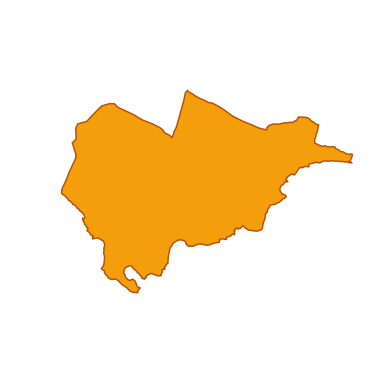 outline of Whitesands, Tafea, Vanuatu, rotated 115°
{"feature_id": "77236927B67758893467366", "entity_name": "Whitesands", "entity_type": "district", "adm_level": 2, "iso_a3": "VUT", "parent_name": "Vanuatu", "parent_adm1": "Tafea", "projection": "equal_earth", "projection_center": [169.437, -19.517], "detail": "fine", "context": "isolated", "style": "filled", "palette": "amber", "viewbox_px": 384, "rotation_deg": 115, "n_neighbors": 0, "source": "geoboundaries", "source_scale": "gbopen_adm2", "svg_char_len": 6006}
<svg xmlns="http://www.w3.org/2000/svg" viewBox="0 0 384 384"><g transform="rotate(115 192 192)"><path d="M99.7,150.6L102.5,151.3L104.2,150.7L105.3,155.8L105.9,160.0L105.9,166.8L106.4,175.6L106.1,187.6L104.8,193.5L103.3,202.5L102.8,211.0L104.0,214.7L103.7,217.1L103.8,219.7L103.8,223.2L103.7,228.7L102.9,233.1L102.6,237.3L102.0,239.1L104.8,239.9L113.6,237.9L137.2,234.0L140.6,233.5L145.7,233.8L147.1,233.2L151.1,233.2L150.1,236.3L149.9,241.7L148.0,245.0L147.2,248.7L147.0,257.8L147.7,267.1L147.1,273.4L146.6,277.0L146.6,292.8L146.3,296.0L144.8,299.7L146.9,304.3L152.3,310.3L167.2,315.6L172.3,317.1L178.6,324.3L183.4,324.3L193.0,319.4L198.1,321.2L206.8,313.2L210.4,311.7L225.8,311.7L234.5,311.1L244.5,311.1L248.1,309.8L248.9,308.1L248.8,307.3L249.3,305.0L250.0,303.8L250.4,302.1L251.6,300.5L252.0,297.7L252.7,295.7L253.4,295.2L253.5,294.3L253.4,293.0L253.4,292.3L254.8,289.8L255.3,289.2L255.3,288.5L255.1,288.4L255.2,288.0L255.6,287.2L256.0,285.9L256.4,285.9L256.6,285.5L256.6,284.7L257.1,283.3L257.1,282.6L258.8,279.6L260.8,278.4L262.2,278.7L262.1,280.0L262.4,279.9L263.5,278.9L264.1,278.6L264.5,277.8L265.4,277.1L265.6,275.9L266.6,275.6L266.8,275.0L267.2,274.5L267.4,273.8L268.6,272.2L269.1,271.0L269.5,270.7L269.6,270.9L270.3,271.0L271.4,270.8L272.0,268.0L272.3,267.7L272.6,267.5L273.0,266.3L273.6,265.5L273.6,262.9L274.0,262.5L274.6,263.2L275.2,263.2L276.4,262.4L276.4,262.0L276.2,261.6L275.8,261.4L275.0,260.5L273.8,258.8L273.4,257.6L273.6,254.2L273.8,253.5L273.8,252.2L274.4,251.1L276.3,249.0L278.7,248.3L280.3,248.1L282.2,247.0L283.6,246.7L284.9,246.1L286.1,245.0L288.4,243.5L291.3,242.5L292.3,242.0L295.9,241.1L298.3,241.4L299.5,241.7L299.9,241.5L300.1,241.3L300.2,240.7L300.5,238.2L302.6,236.8L302.9,236.3L303.0,235.4L303.6,234.9L303.9,233.4L305.0,232.0L305.3,231.2L305.3,230.0L305.5,229.1L305.3,228.3L304.8,226.8L304.3,226.3L303.6,225.3L303.3,224.3L303.3,222.0L303.9,220.5L304.4,218.9L305.4,216.8L305.9,214.0L306.1,213.4L306.1,212.1L306.2,211.1L308.0,206.4L308.0,205.2L307.8,203.0L306.2,198.7L305.6,198.6L305.1,199.3L304.7,199.4L303.1,199.1L301.6,198.4L301.0,198.5L300.7,198.8L301.1,200.5L300.9,201.2L300.3,202.3L297.3,205.2L296.7,206.1L296.5,206.8L296.2,208.2L296.3,209.3L297.0,209.9L298.0,210.4L298.4,210.9L298.5,212.5L297.7,215.7L297.1,216.3L295.2,218.0L293.5,220.4L292.7,220.1L290.9,220.5L289.3,220.5L288.7,220.0L287.6,219.8L286.4,218.4L285.7,217.9L285.3,217.3L284.8,215.9L284.8,215.1L285.2,214.3L285.9,213.5L286.3,212.6L286.7,210.5L287.3,208.8L288.2,207.2L288.5,205.4L289.6,203.5L289.9,202.2L290.4,201.6L291.0,201.3L291.4,200.6L291.3,200.0L290.8,199.1L291.1,198.8L291.2,198.4L289.2,197.5L288.6,197.4L288.4,197.7L287.6,197.9L286.7,197.7L285.4,196.5L284.0,195.6L282.9,194.1L282.7,193.3L282.7,192.6L282.9,191.8L282.9,191.2L282.5,189.4L282.4,187.5L282.0,186.6L281.1,185.6L281.0,184.7L280.9,184.6L280.7,184.6L280.1,185.2L278.2,185.2L276.8,184.9L276.0,185.9L275.5,186.2L274.9,186.2L274.4,185.7L274.0,184.5L273.7,184.3L273.5,184.0L273.0,184.1L272.7,184.5L272.6,185.1L272.1,185.2L270.1,184.6L268.1,184.5L267.1,183.8L266.5,183.8L264.5,184.7L259.7,186.4L252.8,188.1L251.8,188.1L249.7,187.6L247.5,187.6L245.8,187.1L242.4,185.0L241.5,184.1L240.3,182.5L239.9,181.4L239.5,178.1L239.8,177.0L240.3,176.4L241.4,175.6L241.9,174.8L242.4,173.6L242.5,172.7L242.5,172.2L242.4,171.5L241.1,169.4L240.7,168.1L240.1,167.4L238.4,166.2L237.5,165.0L236.8,164.5L236.3,163.9L235.9,163.2L235.0,160.7L234.2,157.0L233.7,155.6L232.2,153.5L228.9,150.3L228.0,148.7L227.1,147.8L226.5,146.7L226.0,146.1L225.6,146.3L224.1,146.4L223.5,146.7L223.1,146.7L222.6,146.2L221.2,143.7L220.8,141.4L220.3,140.9L220.1,140.9L218.2,141.4L216.9,140.0L216.4,139.1L214.3,137.9L213.4,137.6L212.4,136.8L212.4,136.3L212.7,136.1L212.7,135.5L212.1,135.5L211.0,136.3L210.1,136.5L209.8,137.3L209.5,137.3L209.1,136.8L208.8,136.9L208.3,137.5L207.3,136.9L206.1,136.8L205.6,136.2L205.6,135.7L206.0,135.3L206.1,134.6L206.0,134.4L205.5,134.3L204.9,133.8L204.7,132.7L203.9,132.7L203.2,132.2L201.2,131.7L201.1,130.8L202.1,128.7L202.3,126.6L202.7,125.3L202.6,124.6L200.9,118.9L200.6,118.6L200.4,117.5L199.7,116.1L196.9,113.3L195.6,113.0L194.1,113.1L192.0,113.9L190.2,114.2L189.0,114.6L186.9,114.3L185.8,114.5L182.4,115.7L181.1,115.9L179.7,115.9L179.0,115.5L177.8,115.4L176.8,115.8L176.4,116.2L175.9,116.2L175.4,115.9L173.8,115.5L173.1,115.8L172.6,115.6L171.2,115.6L170.9,115.5L170.0,114.5L169.1,113.2L168.7,112.4L167.6,111.1L166.2,110.4L164.6,108.7L161.7,107.3L160.1,106.8L159.4,106.3L158.8,105.6L158.2,105.4L157.4,104.8L156.3,104.8L155.6,105.6L155.2,106.9L155.2,107.6L155.6,109.0L155.5,109.6L154.1,112.1L153.0,113.3L150.6,113.9L148.6,113.8L147.7,113.4L146.9,112.6L144.7,112.2L143.8,111.6L143.0,111.5L142.5,111.1L142.6,110.7L142.4,109.7L142.0,109.7L141.1,112.3L140.1,111.8L139.3,112.0L138.2,112.0L137.2,111.3L135.4,110.6L134.4,109.8L133.4,108.6L133.2,107.9L133.4,107.1L133.2,106.3L129.3,105.5L127.1,105.3L124.6,104.7L123.2,103.0L123.5,102.9L123.4,102.3L123.2,102.0L122.2,101.5L120.8,99.8L120.4,99.1L120.2,97.6L119.9,97.2L119.8,96.8L119.5,96.8L118.6,97.5L117.8,97.5L116.7,97.2L115.9,96.3L115.4,95.3L113.8,93.6L112.5,91.4L111.9,90.6L112.0,89.3L111.7,88.5L111.3,88.0L109.4,87.0L107.9,85.0L107.2,83.5L106.5,81.5L104.9,79.1L104.4,77.9L103.7,76.0L102.3,72.7L101.6,70.0L100.8,68.6L100.1,66.1L99.3,64.3L99.1,63.5L99.0,61.9L98.9,61.6L98.5,61.7L98.3,62.0L98.4,60.2L98.1,59.7L97.5,61.1L96.9,61.7L92.3,61.9L90.3,62.6L90.3,64.2L91.0,64.5L91.7,65.9L92.0,67.3L92.1,70.0L91.7,71.7L92.4,74.0L92.4,75.0L91.8,76.9L92.0,79.3L91.7,80.5L91.0,81.2L91.0,82.2L92.0,84.9L92.9,86.3L93.6,87.7L93.9,89.6L93.9,91.1L95.5,92.8L95.9,96.6L95.8,100.7L95.6,101.7L94.1,102.2L93.6,102.7L89.4,103.3L87.9,103.8L83.6,104.1L77.6,105.7L78.0,107.0L78.0,108.6L77.9,109.6L77.3,111.0L77.1,114.1L76.3,115.6L76.0,117.5L76.0,119.2L76.4,120.7L78.3,125.5L78.8,126.4L79.0,127.1L83.2,127.6L83.9,128.5L86.7,130.3L87.0,131.7L87.5,132.9L89.3,135.1L89.7,136.3L90.6,137.9L91.2,138.4L91.2,138.7L93.7,141.7L94.1,142.7L94.3,143.5L95.5,145.4L96.3,147.6L99.7,150.6Z" fill="#f59e0b" stroke="#b45309" stroke-width="1.5"/></g></svg>